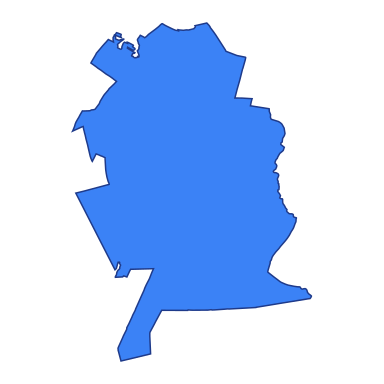 outline of Oporelu, Olt, Romania
{"feature_id": "2599482B23576568126019", "entity_name": "Oporelu", "entity_type": "district", "adm_level": 2, "iso_a3": "ROU", "parent_name": "Romania", "parent_adm1": "Olt", "projection": "equal_earth", "projection_center": [24.426, 44.579], "detail": "fine", "context": "isolated", "style": "filled", "palette": "blue", "viewbox_px": 384, "rotation_deg": 0, "n_neighbors": 0, "source": "geoboundaries", "source_scale": "gbopen_adm2", "svg_char_len": 5845}
<svg xmlns="http://www.w3.org/2000/svg" viewBox="0 0 384 384"><path d="M121.0,361.0L150.6,353.9L149.8,336.5L149.8,333.2L150.0,332.2L154.4,324.0L155.5,321.8L161.7,310.3L187.8,310.4L188.1,309.9L190.1,310.1L192.9,310.2L207.9,310.1L211.2,309.7L212.0,310.0L214.5,309.9L224.5,309.2L227.7,308.9L229.0,309.0L256.0,307.5L256.1,307.3L265.4,305.8L281.1,303.2L308.9,298.7L310.0,298.6L310.8,297.6L311.4,296.3L311.4,296.0L310.7,295.3L308.9,294.0L307.5,292.4L307.3,291.4L306.7,289.8L306.1,289.1L305.1,288.6L303.5,288.8L302.6,289.1L301.6,288.9L300.9,288.4L300.4,287.4L299.8,286.9L297.6,286.8L294.1,286.3L288.1,285.1L285.5,284.2L281.3,282.4L280.0,281.6L277.3,279.5L274.1,277.1L268.5,272.7L267.9,272.2L267.8,271.7L267.8,271.3L268.3,269.4L270.1,263.3L270.2,261.7L270.4,261.2L271.1,260.3L271.5,259.4L271.9,257.8L272.4,256.7L273.4,255.1L276.1,251.6L278.7,248.8L280.5,246.4L285.6,240.5L287.5,238.0L289.3,235.3L291.3,231.5L292.7,229.4L293.6,227.7L295.2,223.3L295.5,222.7L295.9,221.8L296.0,220.9L296.1,219.1L296.4,218.1L296.4,217.9L296.2,217.7L294.8,217.4L293.6,216.8L293.4,216.3L293.3,214.8L293.1,214.5L292.8,214.2L292.1,213.9L291.1,213.8L290.1,213.8L289.1,213.6L288.4,213.0L287.0,211.7L286.7,211.2L286.6,210.8L286.7,210.6L286.9,210.0L287.0,209.7L286.9,209.5L285.5,207.8L285.2,207.2L285.0,206.6L283.7,204.5L283.1,203.8L282.8,202.9L282.7,201.8L282.6,200.7L282.7,199.8L282.4,198.9L282.1,198.9L280.7,198.6L279.7,197.9L280.5,195.7L279.5,193.8L277.8,191.5L277.9,190.0L278.5,189.9L278.8,189.7L279.0,189.3L279.1,186.9L279.1,186.3L278.7,184.9L278.7,184.5L278.9,184.1L278.8,183.8L278.1,183.2L278.1,182.6L278.2,182.0L278.1,181.3L278.0,180.9L277.6,180.3L277.4,179.2L277.6,178.1L278.0,177.4L278.7,175.6L278.5,174.4L278.3,174.1L277.8,173.6L276.8,173.1L275.7,172.6L275.0,172.7L273.7,172.3L273.3,171.4L273.8,170.5L275.7,169.1L276.6,166.9L276.8,165.7L276.3,164.5L275.1,163.2L275.1,162.7L275.0,162.2L275.9,159.9L277.3,158.3L277.7,157.1L278.2,156.2L279.8,153.4L282.6,151.1L283.3,150.3L284.3,147.3L280.8,144.5L280.9,143.0L282.2,142.0L282.6,138.5L284.3,135.7L284.7,134.5L285.0,133.5L284.1,128.1L282.7,125.5L281.8,124.0L280.7,123.0L279.6,122.2L278.4,121.5L271.3,119.3L270.8,118.5L270.4,117.1L270.6,114.7L269.3,111.5L269.2,108.8L268.9,108.7L250.4,105.8L251.3,101.5L252.1,98.7L242.1,98.1L234.9,98.0L237.1,89.4L239.8,80.0L242.0,71.2L242.6,68.8L242.8,68.5L245.2,60.1L245.7,57.7L245.6,57.4L245.3,57.2L236.9,55.5L226.0,51.3L225.2,49.7L215.7,34.9L213.3,31.5L210.4,27.7L210.2,27.3L210.0,26.7L209.8,26.4L208.9,25.2L206.8,23.0L195.0,25.7L195.3,26.2L195.3,26.9L194.6,27.9L194.2,28.2L193.9,28.7L189.9,29.7L189.6,29.7L188.9,30.0L186.2,29.9L183.4,30.3L178.9,29.9L177.3,29.4L178.3,30.1L178.6,30.6L178.6,30.9L177.3,30.5L175.7,30.3L173.0,29.2L167.2,26.4L164.7,25.1L162.6,23.8L162.2,23.7L161.8,23.8L160.7,24.6L159.8,25.5L158.8,26.5L155.2,29.4L148.2,34.6L147.8,35.2L145.8,37.0L144.7,37.7L143.5,36.9L140.3,35.3L139.0,37.3L138.1,38.4L137.5,39.5L137.4,40.0L137.5,40.2L137.9,41.5L138.3,42.7L138.4,43.5L139.3,45.0L139.4,45.6L139.1,46.5L138.9,47.8L138.9,48.7L138.2,49.9L137.3,50.9L138.8,54.5L139.0,55.5L139.1,55.9L138.5,57.6L138.4,56.7L138.2,56.4L137.9,56.3L137.6,56.4L137.7,56.9L137.6,57.2L137.4,57.3L136.1,57.7L135.8,57.6L135.6,57.6L135.4,57.8L134.8,57.8L134.1,57.5L133.7,57.2L133.1,56.4L132.6,56.3L132.4,56.4L131.6,55.8L131.6,55.7L132.3,54.6L132.2,54.4L132.6,53.6L132.9,53.5L133.4,53.5L134.0,53.3L134.4,53.3L134.6,53.2L134.9,52.6L133.4,51.9L131.0,50.4L127.4,48.2L127.6,47.2L133.1,50.3L133.8,50.1L134.8,49.5L135.0,48.8L134.7,48.3L134.3,48.0L132.6,46.7L133.4,45.5L133.3,45.2L131.0,43.9L128.4,42.6L127.3,42.2L127.5,43.4L124.5,42.2L124.1,42.5L123.2,43.5L122.0,46.5L121.8,47.3L121.9,47.9L121.7,48.6L121.1,49.2L120.9,49.3L119.6,48.8L119.1,48.5L118.7,48.4L117.8,47.9L117.6,47.6L117.8,47.0L117.9,46.7L117.8,45.7L117.5,44.6L117.7,44.2L120.7,41.5L123.6,39.5L123.8,39.3L123.8,39.1L123.5,39.0L122.5,39.1L119.0,40.3L115.7,39.0L115.5,38.8L115.6,37.5L115.5,36.1L115.6,35.6L115.7,35.4L119.6,37.0L121.1,37.5L121.4,37.5L121.4,37.4L120.9,37.1L120.7,37.0L120.7,36.8L120.7,36.2L121.2,34.8L121.1,34.4L120.9,34.2L119.5,33.7L117.7,33.0L116.5,32.7L115.6,34.1L115.0,34.6L114.4,34.9L113.9,36.3L113.2,37.3L113.1,37.5L113.1,39.7L113.5,42.0L108.3,39.5L105.8,42.4L105.1,43.1L102.6,45.9L100.0,49.0L97.1,52.4L96.4,53.2L95.9,54.3L95.0,55.9L91.5,61.8L90.9,63.0L92.8,64.4L96.3,66.9L97.9,68.2L100.8,70.1L106.0,74.0L109.6,76.2L113.2,78.8L113.6,79.2L116.5,81.4L114.2,83.9L109.2,88.6L108.3,90.0L104.5,94.4L103.7,95.5L100.1,101.4L99.7,102.6L99.1,103.9L95.1,109.2L94.0,109.6L92.9,109.8L91.7,109.9L91.3,110.0L90.0,110.7L89.2,110.8L83.6,111.0L82.4,110.9L80.1,114.8L78.7,117.5L77.7,119.1L76.0,122.1L75.2,124.1L74.6,126.3L72.9,130.5L72.6,131.1L81.7,127.0L83.2,126.5L83.6,129.1L84.3,131.6L84.5,132.7L85.2,135.2L86.1,139.3L87.6,144.9L88.6,149.4L90.2,156.2L91.0,158.7L91.3,159.2L91.7,160.4L92.3,161.4L92.6,160.9L93.0,160.0L93.0,159.8L93.5,159.1L96.1,153.9L99.3,155.1L100.7,155.8L102.2,156.3L105.1,157.7L105.1,159.3L105.7,169.7L106.2,173.1L106.7,175.8L106.9,176.9L108.1,181.3L109.1,183.6L109.2,184.3L108.6,184.6L107.2,184.9L84.0,191.1L75.8,193.1L92.4,225.6L100.3,241.1L115.0,269.8L116.3,268.5L116.6,267.8L116.7,266.9L117.1,265.9L117.3,264.9L118.1,262.2L119.8,262.2L120.2,262.0L119.4,262.5L119.2,262.8L119.8,263.9L120.3,264.6L120.6,265.1L120.1,266.2L119.8,267.2L119.7,268.5L119.0,269.4L118.1,270.2L117.6,270.9L117.3,271.6L117.1,271.8L116.8,272.7L116.6,274.0L116.4,274.8L116.1,275.4L115.8,275.8L115.4,276.5L115.4,277.3L122.7,276.9L123.0,276.4L123.4,276.3L123.8,275.9L126.9,277.0L129.5,271.4L130.6,269.3L153.5,268.7L151.7,272.8L149.5,278.5L148.8,279.9L146.4,284.5L144.7,288.2L144.0,290.3L141.0,296.9L137.4,305.0L135.6,309.0L135.3,310.1L132.7,315.2L131.9,317.2L128.8,323.9L126.8,327.7L126.7,329.2L126.2,330.3L123.3,336.1L122.7,337.6L118.7,346.5L118.1,347.9L118.0,348.5L118.2,349.9L118.1,350.1L121.0,361.0Z" fill="#3b82f6" stroke="#1e3a8a" stroke-width="1.5"/></svg>